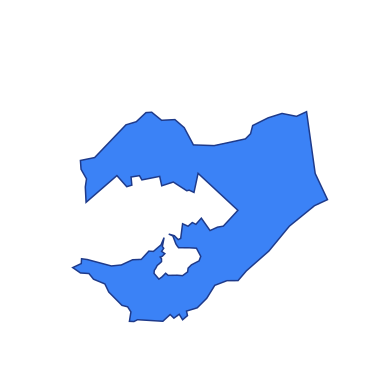 Bukhara, Bukhoro, Uzbekistan (orthographic projection), rotated 225°
{"feature_id": "79887680B68174345072699", "entity_name": "Bukhara", "entity_type": "district", "adm_level": 2, "iso_a3": "UZB", "parent_name": "Uzbekistan", "parent_adm1": "Bukhoro", "projection": "orthographic", "projection_center": [64.472, 39.582], "detail": "fine", "context": "isolated", "style": "filled", "palette": "blue", "viewbox_px": 384, "rotation_deg": 225, "n_neighbors": 0, "source": "geoboundaries", "source_scale": "gbopen_adm2", "svg_char_len": 1594}
<svg xmlns="http://www.w3.org/2000/svg" viewBox="0 0 384 384"><g transform="rotate(225 192 192)"><path d="M90.8,282.4L118.0,292.2L167.8,329.8L171.6,319.4L183.9,311.2L190.6,298.3L196.1,281.9L191.8,274.6L191.8,267.3L209.1,240.5L224.3,226.3L243.0,232.0L255.3,231.1L264.2,221.2L276.9,219.9L280.7,215.6L281.1,202.3L286.2,192.8L285.2,147.5L293.2,135.4L286.5,129.6L275.9,126.7L271.0,120.1L259.6,109.8L256.7,150.5L241.9,149.6L239.4,154.3L245.7,159.5L240.7,166.4L236.0,165.1L225.9,180.2L217.8,175.0L212.3,185.8L196.6,189.2L195.3,191.3L190.3,193.1L200.9,209.5L146.6,211.5L145.7,190.0L149.1,185.2L152.0,177.5L166.9,180.1L166.4,171.9L170.2,170.6L170.6,165.0L176.2,162.9L167.2,151.2L168.1,148.6L173.6,148.6L178.7,145.8L174.5,147.4L169.8,145.3L166.7,143.9L164.4,143.4L162.1,143.1L154.3,150.8L149.1,155.4L140.3,152.7L138.3,148.3L140.9,140.1L140.9,135.4L138.6,132.4L139.5,126.2L143.5,122.8L149.9,116.2L153.2,115.9L153.2,110.6L153.8,107.0L161.3,107.6L163.3,110.0L163.6,112.0L164.7,115.5L164.4,118.3L164.3,121.2L166.3,123.2L168.5,123.5L167.6,125.5L167.6,129.2L171.5,128.5L172.2,132.2L174.4,132.5L179.5,140.0L176.5,132.7L177.3,122.7L180.7,119.7L180.2,108.5L186.1,102.1L190.4,90.4L196.7,82.7L218.3,70.2L222.9,66.7L219.7,63.1L222.9,54.2L213.6,55.9L207.2,61.5L200.0,60.7L188.6,65.4L180.1,62.4L161.4,62.3L156.3,65.3L150.4,64.0L144.8,56.3L141.5,59.3L140.2,63.2L121.2,80.0L120.8,89.9L115.6,90.0L114.6,96.5L108.3,95.0L107.8,101.4L111.7,103.9L106.4,113.8L106.4,127.2L109.9,142.1L104.6,154.0L96.8,161.9L97.8,174.8L95.9,204.6L99.0,236.8L95.7,269.0L90.8,282.4Z" fill="#3b82f6" stroke="#1e3a8a" stroke-width="1.5"/></g></svg>